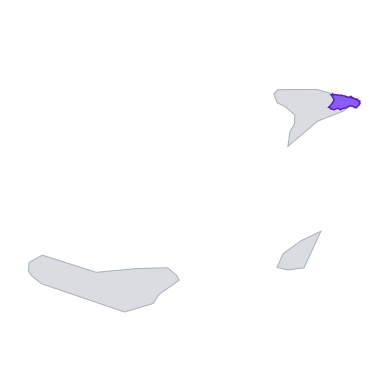 Mrémani, Andjouân, Comoros (highlighted), rotated 285°
{"feature_id": "10938185B83207987774368", "entity_name": "Mrémani", "entity_type": "district", "adm_level": 2, "iso_a3": "COM", "parent_name": "Comoros", "parent_adm1": "Andjouân", "projection": "equal_earth", "projection_center": [44.513, -12.33], "detail": "fine", "context": "in_parent", "style": "filled", "palette": "violet", "viewbox_px": 384, "rotation_deg": 285, "n_neighbors": 0, "source": "geoboundaries", "source_scale": "gbopen_adm2", "svg_char_len": 3857}
<svg xmlns="http://www.w3.org/2000/svg" viewBox="0 0 384 384"><g transform="rotate(285 192 192)"><path d="M107.3,198.9L103.5,202.5L84.9,186.9L74.2,183.2L58.6,157.9L64.4,70.3L69.4,59.1L73.2,54.5L81.8,52.8L92.3,63.8L89.6,120.2L103.6,158.1L112.5,188.1L107.3,198.9ZM313.0,248.2L323.3,286.0L323.2,314.5L318.9,323.5L309.7,317.7L292.9,295.0L260.9,272.8L275.6,271.0L284.2,273.3L293.2,271.3L298.9,258.8L300.1,251.4L308.0,245.5L313.0,248.2ZM173.2,310.0L187.5,326.7L147.7,319.8L141.5,304.7L141.1,293.6L156.0,296.0L173.2,310.0Z" fill="#d9dde1" stroke="#a8b0b8" stroke-width="1"/><path d="M309.2,302.0L309.1,302.7L308.8,303.6L308.5,304.2L308.1,305.0L308.2,305.3L308.4,305.4L308.2,306.6L308.2,307.4L308.3,308.1L309.2,309.2L310.3,310.6L310.6,311.5L310.4,312.3L310.2,313.1L309.8,314.1L310.0,314.1L310.2,314.3L310.3,314.3L310.4,314.5L310.5,314.6L310.6,314.9L310.7,315.0L310.8,315.1L311.4,315.6L311.5,315.7L311.5,315.8L311.6,316.1L311.8,316.1L311.9,316.3L311.9,316.5L312.1,316.7L312.1,316.9L312.2,317.0L312.3,317.1L312.4,317.4L312.5,317.5L312.6,317.8L312.7,318.0L312.7,318.3L312.8,318.5L313.0,318.7L313.1,318.9L313.2,319.0L313.4,319.1L313.7,319.8L313.8,320.0L314.1,320.1L314.3,320.2L314.6,320.4L314.7,320.6L314.9,320.6L315.0,320.6L315.1,320.9L315.3,321.1L315.4,321.4L315.4,321.5L315.5,321.5L315.6,321.9L315.7,322.0L315.8,322.2L315.9,322.3L316.0,322.5L316.2,323.0L316.3,323.1L316.3,323.3L316.2,323.6L316.3,323.7L316.3,323.8L316.3,324.2L316.4,324.3L316.4,324.7L316.4,324.8L316.3,325.0L316.4,325.4L316.3,325.8L316.2,326.1L316.0,326.4L316.0,326.5L315.8,326.8L315.7,327.0L315.8,327.2L315.8,327.7L315.8,327.9L315.9,328.4L315.8,328.5L315.9,328.9L316.0,329.0L316.3,329.2L316.5,329.2L316.6,329.3L316.8,329.4L317.0,329.5L317.3,329.7L317.5,329.8L318.1,330.1L318.9,330.6L319.0,330.6L319.3,330.8L319.5,330.9L320.0,331.1L320.2,330.9L320.3,330.9L320.3,331.0L320.6,331.1L320.8,331.0L321.0,331.2L321.1,330.9L321.4,330.8L321.5,330.8L321.8,330.9L322.0,330.7L322.3,330.5L322.5,330.6L322.5,330.4L322.7,330.2L322.9,330.2L323.0,330.1L323.3,330.2L323.3,329.9L323.2,329.9L323.2,329.7L323.1,329.4L323.1,329.2L323.3,329.1L323.4,328.9L323.7,328.6L323.8,328.5L323.8,328.4L323.7,328.3L323.8,328.2L324.0,328.1L323.9,328.0L323.9,327.8L324.0,327.8L324.0,327.7L323.9,327.6L324.0,327.5L324.0,327.4L324.2,327.2L324.2,326.8L324.3,326.9L324.2,326.7L324.3,326.7L324.2,326.5L324.2,326.3L323.9,326.3L323.8,326.2L324.0,326.1L323.9,326.0L324.0,325.6L323.9,325.5L324.0,325.3L324.0,325.2L323.9,325.1L323.9,324.9L324.0,324.9L324.0,324.7L323.9,324.6L324.0,324.5L324.2,324.4L324.1,324.1L324.2,323.9L324.3,323.8L324.2,323.7L324.2,323.4L324.3,323.0L324.4,322.9L324.5,322.9L324.4,322.7L324.5,322.6L324.6,322.4L324.6,322.2L324.5,321.9L324.6,321.6L324.6,321.4L324.8,321.3L324.7,321.2L324.8,321.2L324.8,321.3L325.1,321.3L325.3,321.4L325.4,321.2L325.1,321.0L325.0,320.9L325.0,320.7L325.3,320.5L325.3,320.4L325.2,320.4L325.1,320.2L325.0,320.3L324.9,320.3L324.7,320.2L324.6,319.9L324.5,319.7L324.3,319.6L324.2,319.4L324.0,319.1L323.9,318.8L323.8,318.7L323.7,318.4L323.7,318.2L323.8,318.0L323.8,317.9L323.8,317.7L323.8,317.4L323.9,317.2L323.8,316.8L323.8,316.6L323.8,316.4L324.0,316.2L324.1,316.3L324.1,316.2L324.1,315.9L323.9,315.9L323.8,315.7L324.0,315.6L324.1,315.4L324.3,315.3L324.3,315.2L324.2,315.2L324.1,314.9L324.1,314.5L324.2,314.2L324.1,313.8L324.1,313.5L324.2,313.1L324.1,312.8L324.1,312.1L324.1,311.9L324.3,311.6L324.3,311.4L324.3,311.2L324.2,311.2L323.9,310.9L323.7,310.6L323.6,310.3L323.6,309.6L323.5,309.1L323.6,308.2L323.5,307.8L323.2,306.9L323.2,306.6L323.2,306.3L323.1,306.0L323.0,305.2L322.9,305.0L322.8,304.6L322.8,304.4L322.7,304.1L322.7,303.1L322.8,302.8L322.9,302.7L322.2,302.7L321.9,301.2L321.0,302.4L320.3,303.1L319.6,303.8L318.6,304.7L318.1,305.1L315.9,305.2L315.1,304.8L314.0,304.4L313.0,304.0L311.7,303.5L310.6,303.1L309.8,302.4L309.2,302.0Z" fill="#8b5cf6" stroke="#5b21b6" stroke-width="1.5"/></g></svg>